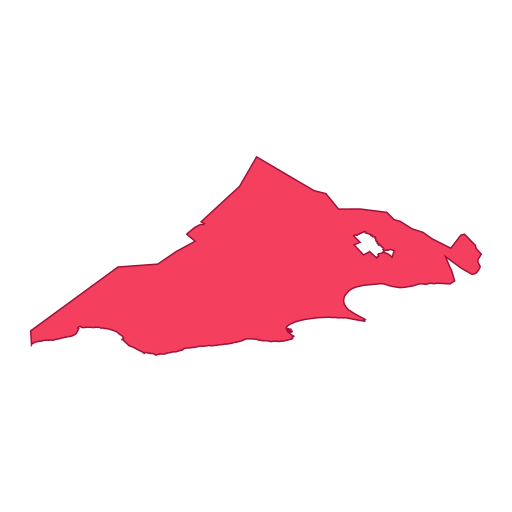 the district of Sveitarfélagið Ölfus, Suðurland, Iceland
{"feature_id": "244011B93058264602287", "entity_name": "Sveitarfélagið Ölfus", "entity_type": "district", "adm_level": 2, "iso_a3": "ISL", "parent_name": "Iceland", "parent_adm1": "Suðurland", "projection": "natural_earth1", "projection_center": [-21.424, 63.983], "detail": "fine", "context": "isolated", "style": "filled", "palette": "rose", "viewbox_px": 512, "rotation_deg": 0, "n_neighbors": 0, "source": "geoboundaries", "source_scale": "gbopen_adm2", "svg_char_len": 5916}
<svg xmlns="http://www.w3.org/2000/svg" viewBox="0 0 512 512"><path d="M176.1,251.6L157.8,264.1L118.0,267.0L30.7,330.8L31.5,344.6L31.6,344.4L31.9,344.1L32.2,343.7L32.4,343.6L35.4,342.1L37.3,341.7L38.2,341.4L40.4,341.1L41.4,341.2L41.7,340.8L42.8,340.8L43.9,340.4L45.3,340.2L45.9,340.4L46.2,340.2L47.1,340.2L48.9,340.3L50.9,340.0L52.7,340.2L53.7,340.1L55.1,339.6L55.3,339.5L56.1,339.3L56.2,339.2L57.6,339.1L58.9,338.8L59.7,338.8L60.4,338.3L61.3,338.1L63.3,337.7L63.9,337.7L64.7,337.3L65.7,337.2L66.2,337.0L66.5,337.1L66.7,336.9L67.6,336.7L69.8,336.5L71.2,336.1L72.0,336.0L73.0,335.5L73.0,335.4L73.9,335.1L75.2,334.4L75.7,334.0L76.1,333.4L76.5,333.2L76.6,332.7L76.9,332.5L77.5,331.0L77.7,330.7L77.8,330.5L77.7,330.3L78.1,329.9L78.2,329.3L78.8,328.4L77.8,328.0L77.8,327.5L78.3,327.1L79.4,326.6L80.3,326.5L80.9,326.6L81.2,326.8L81.2,327.2L82.4,327.6L84.5,327.5L86.7,327.2L88.6,327.2L94.3,327.6L95.0,327.3L99.1,327.3L101.0,328.1L102.7,328.0L105.2,328.6L107.7,328.7L113.6,330.5L116.9,331.9L117.9,332.6L119.1,334.0L121.0,335.1L122.4,336.2L122.9,336.9L123.4,338.2L123.7,338.6L123.1,338.9L122.6,339.0L122.2,339.2L122.2,339.4L122.1,339.5L122.8,339.6L122.9,339.8L123.3,340.2L123.6,340.7L124.3,340.9L124.8,341.3L125.0,341.8L125.3,341.9L125.4,342.2L125.7,342.4L125.8,342.7L126.1,342.8L127.1,343.9L127.7,344.1L128.0,344.8L129.0,345.4L129.0,345.7L129.7,345.9L131.3,346.6L132.7,346.9L133.3,347.3L134.5,347.8L134.6,348.0L135.2,348.2L136.9,349.3L138.3,349.8L139.1,350.5L141.2,351.3L141.9,351.6L143.1,352.6L143.9,352.9L144.2,353.5L144.4,353.4L144.4,352.9L145.0,352.6L145.3,352.5L146.9,352.7L149.7,353.4L152.8,353.5L154.2,354.0L155.2,354.6L155.4,355.0L155.7,355.1L158.3,354.4L160.6,354.0L163.0,354.1L165.2,353.9L166.6,353.2L167.5,353.1L168.6,352.8L169.9,352.7L172.8,351.9L176.2,351.8L180.5,350.4L182.3,350.0L182.6,349.8L182.9,349.4L183.5,349.1L184.1,348.6L186.3,348.0L189.3,348.0L190.4,347.8L194.8,347.3L199.4,346.2L203.5,346.2L206.7,345.9L208.5,345.5L209.3,345.5L210.5,345.7L211.7,345.8L214.2,345.5L216.7,345.3L217.2,345.3L217.4,345.0L223.0,344.5L224.4,344.1L226.6,344.1L230.4,343.5L231.3,343.2L232.4,343.1L233.8,342.5L235.8,342.3L237.2,341.9L239.0,341.6L239.9,341.1L241.2,341.0L246.5,338.8L252.3,338.9L256.4,339.3L257.9,339.6L258.5,339.9L258.8,340.2L259.4,340.1L261.4,340.4L262.4,340.8L263.8,340.7L267.1,340.8L269.6,341.2L270.3,341.5L271.6,341.6L273.7,341.1L274.8,341.3L275.5,341.1L276.1,341.1L277.0,341.4L279.4,341.5L281.6,341.1L283.4,341.1L285.2,340.5L287.9,340.1L288.8,339.7L290.6,339.2L291.6,339.2L292.2,338.8L292.5,338.3L292.2,338.0L292.2,337.9L292.4,337.3L293.7,336.7L293.9,336.2L292.7,335.7L292.5,335.8L292.1,335.7L291.6,334.7L290.1,333.8L289.7,333.5L289.6,333.1L289.6,332.9L292.2,331.6L292.2,331.2L291.9,331.2L291.9,331.5L291.0,332.0L290.8,332.0L289.5,332.7L289.0,332.8L288.3,332.2L288.1,332.0L289.1,331.8L289.3,331.6L288.4,331.8L288.3,331.5L288.4,331.2L288.6,331.3L288.6,331.1L287.3,330.9L287.2,330.8L287.1,330.6L287.7,330.5L287.0,330.3L287.0,330.1L287.3,329.9L289.5,330.5L289.7,330.3L287.6,329.7L287.6,329.2L287.4,329.6L286.8,329.6L287.0,328.7L287.6,328.7L287.6,329.0L287.8,328.7L290.6,329.5L290.4,330.3L290.1,331.0L290.3,331.1L290.3,330.9L290.8,331.1L290.6,330.8L291.0,329.3L290.7,329.2L290.5,329.4L286.2,328.1L286.3,327.6L286.8,326.8L287.8,325.8L289.5,324.5L290.1,324.2L295.2,321.9L300.6,320.4L305.7,319.3L314.5,318.1L318.2,317.7L329.2,317.2L331.7,317.5L335.4,317.5L338.6,317.9L340.8,317.7L343.3,317.9L346.0,317.8L356.7,319.9L361.3,320.6L364.3,321.2L364.8,321.2L364.8,320.7L364.3,320.2L363.9,319.6L364.9,319.4L363.7,318.6L358.1,315.7L353.0,312.7L348.4,309.7L345.8,306.7L344.2,303.9L343.6,301.1L344.0,298.0L344.7,295.8L346.7,293.3L349.0,290.8L351.2,289.2L353.4,288.1L356.2,287.0L361.3,285.8L363.7,285.3L380.3,283.7L381.6,283.7L384.3,284.0L388.3,285.4L393.3,286.6L398.8,287.5L401.3,287.6L405.3,287.2L412.8,285.9L417.7,284.4L420.3,283.8L421.7,283.8L424.9,284.2L426.2,284.2L427.1,284.1L428.2,283.8L429.8,283.3L430.8,283.2L431.7,283.2L433.9,283.8L436.8,283.2L437.7,283.2L449.9,283.9L454.7,280.9L451.4,270.0L450.3,268.1L445.4,256.5L458.9,266.5L461.9,268.6L472.0,274.3L474.6,273.8L475.3,273.5L476.8,272.5L478.0,270.8L479.6,268.2L480.1,267.1L480.1,266.4L477.9,262.0L477.9,261.2L478.0,260.1L478.3,259.0L481.3,254.2L477.1,249.5L476.2,248.4L475.8,247.3L475.5,245.5L464.5,234.2L460.9,235.1L450.8,248.2L432.1,238.8L422.9,232.3L412.1,228.9L400.2,221.3L394.1,219.7L386.9,212.4L360.3,209.0L338.5,209.1L325.9,193.6L314.1,190.7L256.6,156.9L239.5,186.5L226.2,198.6L201.1,221.8L204.4,223.5L203.5,224.5L200.4,224.5L194.8,227.4L187.2,233.6L186.9,234.4L195.2,241.2L176.1,251.6ZM364.9,232.0L365.6,231.9L365.8,232.2L366.0,233.2L368.3,233.6L369.5,234.2L370.8,234.5L371.0,234.6L370.8,235.1L370.8,235.3L371.2,235.7L372.3,235.4L372.7,235.5L372.8,235.6L372.8,235.8L372.4,236.1L372.3,236.3L372.7,236.7L374.2,237.0L375.0,237.0L375.5,237.2L375.5,237.4L375.1,238.1L375.5,238.3L375.4,238.7L375.6,239.1L375.6,239.3L375.9,239.9L375.9,240.7L376.1,241.1L376.5,241.4L377.2,241.5L377.5,241.8L377.6,242.0L377.2,242.3L377.2,242.9L377.3,243.4L377.7,243.9L378.9,243.8L379.2,244.0L379.4,244.3L378.9,245.1L379.7,245.2L380.8,245.6L381.0,246.1L381.4,246.3L381.9,247.0L383.3,248.0L383.7,248.6L383.7,248.8L383.0,249.5L383.6,250.0L383.5,250.3L383.9,250.7L383.9,251.0L385.8,250.3L388.1,250.2L390.8,249.4L394.0,250.7L393.7,252.2L392.1,257.3L389.9,255.1L387.3,253.6L383.1,252.0L382.5,252.3L382.5,252.8L381.4,253.2L378.9,253.7L378.0,254.3L378.0,254.6L378.4,254.8L378.2,255.3L378.5,255.8L378.6,256.2L378.2,256.6L377.6,256.9L376.9,257.0L376.9,257.7L376.6,257.9L369.5,251.5L368.7,252.2L363.5,254.9L354.1,244.9L360.1,242.3L353.6,235.7L353.8,235.5L354.4,235.4L354.8,234.9L355.0,234.8L356.1,234.9L356.2,235.2L356.5,235.3L357.4,235.1L358.1,234.4L358.6,234.5L359.1,234.1L359.7,233.9L359.9,233.5L360.7,233.1L361.4,233.1L361.6,233.0L361.8,232.7L362.1,232.5L363.0,232.2L363.6,232.1L363.6,231.7L363.9,231.5L364.4,231.5L364.9,232.0Z" fill="#f43f5e" stroke="#9f1239" stroke-width="1.5"/></svg>